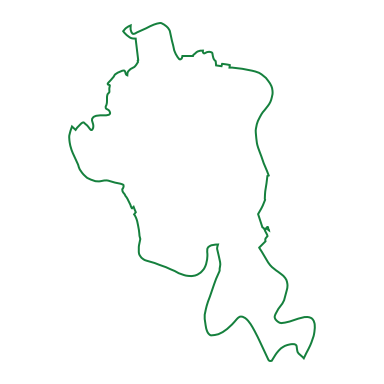 Thanh Ha, Hải Dương, Vietnam
{"feature_id": "81297802B77309747732529", "entity_name": "Thanh Ha", "entity_type": "district", "adm_level": 2, "iso_a3": "VNM", "parent_name": "Vietnam", "parent_adm1": "Hải Dương", "projection": "equal_earth", "projection_center": [106.42, 20.888], "detail": "fine", "context": "isolated", "style": "outline", "palette": "green", "viewbox_px": 384, "rotation_deg": 0, "n_neighbors": 0, "source": "geoboundaries", "source_scale": "gbopen_adm2", "svg_char_len": 5914}
<svg xmlns="http://www.w3.org/2000/svg" viewBox="0 0 384 384"><path d="M269.0,230.4L268.9,229.8L268.1,228.5L268.0,228.2L268.1,227.4L267.9,227.1L267.5,227.0L267.3,227.0L266.6,227.7L265.6,228.8L265.2,229.0L264.7,229.1L264.4,229.0L264.0,228.8L263.6,228.0L262.4,227.3L262.3,227.0L258.1,214.1L261.3,208.5L262.8,205.5L265.1,199.8L264.8,198.9L265.0,194.3L265.2,191.8L265.3,190.9L266.5,183.3L267.4,176.0L268.7,175.5L267.0,171.0L263.7,163.2L261.4,156.5L259.7,152.0L258.1,147.6L257.3,144.9L256.9,143.0L256.3,138.3L255.8,132.9L255.7,130.6L255.9,128.8L256.8,124.3L257.9,121.0L259.8,117.2L261.4,114.3L262.8,112.2L264.7,110.0L268.2,105.5L269.4,103.7L270.4,101.8L271.2,99.7L271.9,97.0L272.5,94.2L272.6,92.7L272.5,90.8L272.1,88.2L271.4,86.1L270.0,83.4L268.0,80.6L265.9,77.9L261.6,74.4L259.0,72.8L255.3,71.5L252.1,70.7L242.3,68.8L232.2,67.6L229.5,67.6L229.8,65.1L229.1,64.9L227.0,64.5L222.8,63.9L222.1,63.9L221.5,66.2L216.1,65.4L215.7,61.2L215.1,60.7L214.3,59.8L213.6,58.7L213.2,57.4L212.8,55.8L212.4,53.4L212.2,52.9L211.8,52.5L210.8,52.1L209.2,51.8L207.7,52.0L206.8,52.2L204.6,53.3L204.2,53.4L203.8,53.3L203.5,53.1L203.1,52.6L202.9,52.0L202.8,51.2L202.9,50.6L200.2,50.7L197.6,51.5L196.5,52.2L195.2,53.4L194.4,54.1L193.7,54.6L193.3,55.0L193.1,55.8L193.0,56.0L182.4,56.0L182.2,57.0L181.7,58.5L181.4,58.7L180.6,59.3L179.9,59.4L179.2,59.1L177.6,57.1L175.8,54.1L175.0,52.3L174.2,50.3L173.1,45.2L171.9,40.6L171.0,36.4L169.8,30.9L169.2,29.7L168.0,27.9L166.5,26.4L164.1,24.6L161.5,23.2L160.6,23.0L159.5,23.1L157.0,23.6L153.9,24.6L150.2,26.2L146.1,28.3L137.0,32.4L135.3,33.4L134.4,33.7L133.7,33.9L133.2,33.8L132.6,33.7L131.7,32.6L131.3,31.8L130.6,29.5L130.6,27.0L130.7,25.4L128.5,26.4L126.1,28.0L125.3,28.7L123.2,31.2L123.9,32.2L124.6,33.0L126.7,35.1L129.2,37.0L130.4,37.8L131.9,38.3L133.1,38.5L135.7,38.6L135.8,40.1L138.2,60.1L137.8,60.4L137.7,60.7L138.0,62.0L137.3,63.1L136.3,64.7L135.2,66.1L134.3,67.0L130.6,69.0L129.1,70.4L128.1,71.5L127.6,72.7L127.4,73.7L127.3,75.3L126.6,75.0L126.1,74.5L125.7,73.7L125.5,72.8L125.1,71.6L124.8,71.1L124.4,70.7L124.0,70.5L123.8,70.5L123.1,70.6L122.1,70.8L117.7,72.7L115.0,74.5L114.4,75.4L113.7,76.7L110.8,80.1L108.6,82.4L107.8,83.4L107.7,83.7L107.7,83.9L107.9,84.4L108.3,84.7L109.5,85.0L109.8,85.4L109.8,85.6L109.7,86.4L109.4,87.9L109.3,88.7L109.4,91.5L109.4,91.8L109.2,92.4L108.1,93.6L107.6,94.2L107.4,94.8L107.2,95.7L107.0,96.9L107.0,101.0L106.9,102.8L106.7,103.8L106.4,105.0L105.7,106.5L105.7,107.5L105.8,108.1L106.2,108.7L106.7,109.0L108.5,110.0L109.3,110.9L109.7,111.6L109.9,112.3L110.1,113.0L110.0,113.6L109.6,114.2L109.0,114.7L108.3,114.9L106.3,115.3L100.5,115.3L96.2,115.8L94.4,116.5L93.5,117.0L92.6,118.1L92.1,118.9L92.0,120.5L92.3,121.5L93.1,124.2L93.3,125.4L93.3,126.8L93.1,128.0L92.5,129.2L92.1,129.8L91.6,130.0L91.1,130.0L90.6,129.7L89.7,128.7L88.6,127.2L87.2,125.5L85.3,123.9L83.8,122.5L83.2,122.4L82.2,122.8L81.2,123.5L77.1,127.7L75.6,129.9L72.0,126.5L70.6,130.5L70.0,132.7L69.3,135.5L69.2,137.2L69.4,140.2L69.7,142.6L70.3,145.7L71.5,149.8L72.7,152.9L77.2,162.7L78.1,164.7L78.9,167.4L79.8,169.5L82.0,172.7L83.5,174.5L85.6,176.5L87.2,177.9L90.8,179.6L95.4,181.2L99.0,181.4L100.5,181.2L104.1,180.5L106.5,180.4L108.1,180.6L115.0,182.6L120.4,183.7L122.0,184.2L123.1,184.7L123.5,185.1L123.6,186.5L123.3,187.5L122.9,188.4L122.3,189.2L122.3,189.6L122.4,190.3L122.5,191.1L122.7,191.6L123.3,192.6L124.6,194.2L125.0,194.9L125.3,195.7L126.6,197.4L127.5,198.9L130.3,204.6L130.7,205.6L130.8,206.2L131.8,208.2L132.0,208.3L132.1,208.2L133.6,206.8L134.5,209.2L135.8,212.2L134.1,214.4L134.9,215.5L135.9,217.5L136.6,219.3L137.2,221.3L138.1,225.6L138.9,230.0L139.3,233.5L139.5,235.9L140.3,239.0L139.0,245.3L138.8,247.0L138.8,252.1L139.1,253.9L139.5,254.9L140.1,255.9L141.4,257.7L143.2,259.1L144.6,260.0L146.3,260.6L154.6,263.0L159.5,264.9L166.0,267.2L170.4,269.2L174.7,271.0L178.7,273.2L184.1,275.1L186.0,275.6L188.3,275.9L191.4,276.1L192.9,275.9L195.2,275.5L197.5,274.6L200.6,272.6L202.0,271.2L203.8,269.1L204.6,267.7L205.4,266.0L206.1,264.1L207.1,259.5L207.4,256.0L207.4,254.0L207.2,251.9L207.3,249.3L207.4,248.6L207.9,247.7L208.4,247.0L209.9,246.0L211.3,245.3L215.4,244.6L218.0,244.5L217.4,246.5L217.1,248.2L217.2,249.3L217.5,250.5L218.9,256.5L220.1,262.1L220.3,264.3L220.1,266.0L219.6,269.0L219.7,270.2L219.4,271.4L216.1,278.8L214.2,284.0L209.9,296.6L208.0,301.6L206.7,305.8L205.9,309.0L204.7,314.7L204.7,316.6L204.7,318.9L205.6,325.2L206.2,328.5L206.9,330.7L207.7,332.5L208.5,333.6L209.2,334.3L209.9,334.9L210.8,335.3L211.9,335.3L214.8,335.0L218.4,334.2L222.7,332.1L227.1,329.0L232.0,324.5L234.4,321.9L236.9,319.0L238.0,317.9L239.0,317.2L239.9,316.7L240.7,316.6L241.5,316.6L242.7,316.8L245.1,318.0L246.7,319.3L248.2,320.9L250.6,324.1L252.5,327.2L254.6,331.0L257.7,337.0L259.6,341.0L267.7,358.3L268.4,359.8L269.0,360.5L269.4,360.8L270.1,361.0L271.1,360.9L271.7,360.8L272.7,359.2L275.5,354.7L276.7,353.0L278.7,350.6L281.0,348.3L283.0,347.0L284.9,345.9L287.4,345.0L290.4,344.3L292.2,344.1L294.4,344.2L295.6,344.7L296.4,345.5L296.7,346.7L296.9,348.5L297.3,350.9L297.6,352.0L298.6,353.5L302.6,357.0L303.8,358.3L306.2,353.3L308.4,349.1L310.2,345.4L311.4,342.5L313.6,336.1L314.0,334.3L314.4,331.9L314.8,327.8L314.7,324.6L314.5,323.3L313.7,320.9L312.9,319.6L311.9,318.5L310.9,317.9L309.3,317.3L307.4,317.0L304.4,317.1L298.4,318.6L289.7,321.5L285.0,322.6L281.3,323.1L279.5,322.7L277.6,321.5L276.5,320.5L275.6,319.5L275.0,318.4L274.7,317.3L274.7,316.5L275.0,315.3L275.7,313.7L278.4,308.8L282.4,303.5L284.1,300.2L286.7,290.5L287.3,288.0L287.5,285.5L287.4,284.1L287.0,281.9L286.4,280.0L285.2,278.0L283.4,275.9L281.7,274.5L278.4,272.0L276.1,270.4L272.0,267.1L270.1,265.1L268.1,262.4L261.7,251.6L259.3,247.9L259.2,247.6L265.5,241.3L265.3,240.4L265.3,239.4L265.5,238.6L266.0,237.9L267.5,236.1L267.1,234.7L264.9,230.5L264.7,229.6L265.3,229.5L265.8,229.3L266.2,228.9L266.8,228.1L267.3,227.6L267.5,227.6L267.5,228.5L267.6,228.8L268.2,229.6L268.4,230.0L269.0,230.4Z" fill="none" stroke="#15803d" stroke-width="2"/></svg>